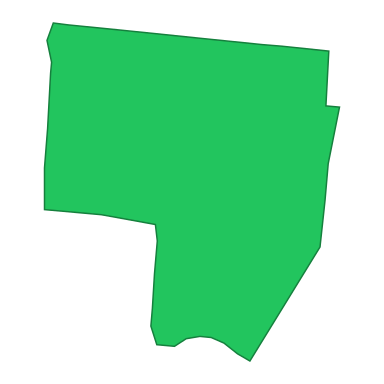 Nova Hartz, Rio Grande do Sul, Brazil
{"feature_id": "56859067B47796147191103", "entity_name": "Nova Hartz", "entity_type": "district", "adm_level": 2, "iso_a3": "BRA", "parent_name": "Brazil", "parent_adm1": "Rio Grande do Sul", "projection": "natural_earth1", "projection_center": [-50.904, -29.592], "detail": "fine", "context": "isolated", "style": "filled", "palette": "green", "viewbox_px": 384, "rotation_deg": 0, "n_neighbors": 0, "source": "geoboundaries", "source_scale": "gbopen_adm2", "svg_char_len": 510}
<svg xmlns="http://www.w3.org/2000/svg" viewBox="0 0 384 384"><path d="M174.5,346.3L186.2,338.7L199.9,336.4L211.2,337.5L224.0,343.1L237.5,353.8L249.9,361.0L320.0,247.0L325.0,200.6L328.2,163.7L339.5,107.1L325.9,105.9L328.8,51.1L281.8,46.2L262.2,44.6L196.5,37.9L121.5,30.2L68.2,24.9L53.3,23.0L47.0,40.4L51.6,62.3L50.6,73.2L47.6,128.6L44.5,167.9L44.5,209.6L101.4,214.7L155.4,224.5L157.3,241.0L154.5,273.7L152.4,308.3L150.9,326.1L156.8,344.7L174.5,346.3Z" fill="#22c55e" stroke="#15803d" stroke-width="1.5"/></svg>